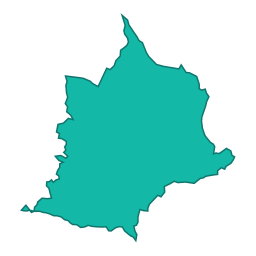 the district of Ibiraiaras, Rio Grande do Sul, Brazil
{"feature_id": "56859067B62229302377905", "entity_name": "Ibiraiaras", "entity_type": "district", "adm_level": 2, "iso_a3": "BRA", "parent_name": "Brazil", "parent_adm1": "Rio Grande do Sul", "projection": "natural_earth1", "projection_center": [-51.642, -28.366], "detail": "fine", "context": "isolated", "style": "filled", "palette": "teal", "viewbox_px": 256, "rotation_deg": 0, "n_neighbors": 0, "source": "geoboundaries", "source_scale": "gbopen_adm2", "svg_char_len": 2234}
<svg xmlns="http://www.w3.org/2000/svg" viewBox="0 0 256 256"><path d="M65.5,76.0L67.1,81.5L65.9,85.3L66.6,93.3L67.7,97.1L66.3,101.0L65.3,103.6L67.6,106.7L66.7,111.8L68.9,113.5L70.9,115.5L73.1,119.6L68.3,118.4L63.5,123.1L58.0,124.4L56.5,132.0L59.4,133.5L58.5,138.2L61.7,138.6L66.3,141.4L66.3,144.5L64.7,146.9L65.8,150.2L63.7,152.4L67.8,156.3L66.0,158.2L60.8,155.5L55.3,156.3L58.9,160.5L63.2,162.2L59.8,163.8L59.7,167.4L57.7,170.3L56.4,174.2L58.8,175.9L59.3,178.9L56.1,179.9L53.4,182.3L51.5,179.9L49.2,181.7L46.7,182.0L46.5,185.8L48.9,188.2L50.4,194.2L51.5,198.2L47.4,198.7L42.0,198.2L37.8,201.9L36.9,204.9L34.6,207.2L34.0,211.3L37.0,211.3L40.0,211.3L43.0,212.4L46.4,212.8L50.1,214.1L53.7,215.7L57.1,215.8L61.0,216.8L64.6,219.7L68.2,220.6L70.1,222.8L72.7,224.5L76.9,224.7L80.5,227.4L83.1,227.2L85.6,226.6L88.1,225.3L91.7,226.3L96.6,226.8L101.9,227.0L106.2,226.8L108.7,230.8L111.3,230.9L113.9,228.8L116.4,227.4L119.6,226.6L122.5,227.1L124.6,230.9L127.8,233.6L130.7,235.9L133.2,237.0L135.8,240.6L136.8,234.7L135.0,231.2L133.8,226.2L136.3,225.3L138.0,222.2L137.9,217.5L138.5,214.6L140.0,209.5L143.3,210.6L147.8,211.0L147.8,208.1L149.4,204.2L157.8,195.3L161.0,196.8L164.7,192.1L164.3,186.5L170.3,183.6L174.1,181.3L177.9,182.6L185.1,182.0L194.2,183.3L200.3,178.4L203.5,177.8L205.6,176.3L209.3,175.6L214.2,174.8L217.6,174.4L217.6,170.7L221.3,167.7L224.7,169.2L226.1,166.3L231.0,163.2L233.3,159.8L234.6,156.9L231.9,155.2L230.8,150.9L226.4,148.4L222.1,151.6L219.0,153.6L215.9,153.0L213.5,153.9L214.7,146.6L213.2,144.1L210.4,142.4L208.5,140.0L206.6,137.8L204.7,135.1L202.4,128.2L201.5,121.4L201.8,117.1L205.6,106.0L206.6,101.7L208.9,96.7L206.5,93.2L205.2,89.1L201.5,90.2L199.2,88.6L199.2,84.2L196.7,76.5L189.5,72.8L186.1,72.5L181.2,64.9L178.9,68.9L163.7,66.4L156.5,64.5L148.8,56.6L146.3,52.5L142.4,42.6L139.0,40.6L136.7,36.4L134.0,32.5L129.0,25.1L127.5,20.0L122.1,15.4L125.2,25.3L123.9,30.6L124.7,34.1L127.6,38.2L128.4,42.1L127.0,45.2L124.5,47.4L120.6,50.3L120.2,56.1L116.0,60.5L114.2,65.7L110.1,69.6L106.7,68.3L98.1,86.6L92.5,83.5L90.2,81.2L83.2,78.3L79.2,77.7L65.5,76.0ZM21.4,210.2L23.8,210.8L27.0,210.9L29.8,210.2L25.9,205.2L21.4,210.2ZM29.8,210.2L31.4,212.4L34.0,211.3L29.8,210.2Z" fill="#14b8a6" stroke="#0f766e" stroke-width="1.5"/></svg>